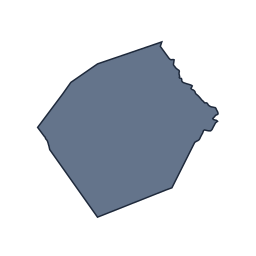 outline of San Isidro, Choluteca, Honduras, rotated 133°
{"feature_id": "27666195B38345308058924", "entity_name": "San Isidro", "entity_type": "district", "adm_level": 2, "iso_a3": "HND", "parent_name": "Honduras", "parent_adm1": "Choluteca", "projection": "orthographic", "projection_center": [-87.295, 13.646], "detail": "fine", "context": "isolated", "style": "filled", "palette": "slate", "viewbox_px": 256, "rotation_deg": 133, "n_neighbors": 0, "source": "geoboundaries", "source_scale": "gbopen_adm2", "svg_char_len": 4011}
<svg xmlns="http://www.w3.org/2000/svg" viewBox="0 0 256 256"><g transform="rotate(133 128 128)"><path d="M189.2,194.5L191.3,182.9L191.2,182.7L191.2,182.4L191.3,182.2L191.4,181.9L191.5,181.7L191.8,181.4L191.9,181.1L192.0,181.0L192.0,180.9L192.1,180.6L192.1,180.4L192.1,180.0L192.2,179.4L192.2,179.1L192.3,178.7L192.4,178.3L192.6,178.0L192.7,177.7L192.8,177.5L192.9,177.2L193.1,177.0L193.2,176.7L193.7,175.9L193.9,175.6L194.4,174.8L194.5,174.6L194.8,174.1L195.1,173.6L195.2,173.3L195.5,173.0L197.2,170.5L214.0,89.5L147.7,58.1L141.8,55.1L93.0,69.4L91.1,68.9L89.6,68.3L88.0,68.0L86.6,68.3L85.2,68.8L83.1,69.4L80.7,70.0L78.4,71.0L77.2,70.7L76.6,69.6L76.0,68.5L75.0,67.0L73.7,65.6L71.8,65.5L69.1,66.3L67.1,66.8L64.6,67.5L62.0,67.1L62.0,67.3L62.0,67.6L62.0,67.8L62.1,68.0L62.1,68.4L62.2,68.6L62.2,68.8L62.3,68.9L62.4,69.1L62.8,69.8L63.0,70.2L63.2,70.6L63.3,70.8L63.4,71.0L63.4,71.3L63.5,71.5L63.5,71.8L63.4,72.0L63.4,72.3L63.3,72.5L63.2,72.5L62.9,72.5L62.7,72.5L62.5,72.4L62.4,72.4L61.7,72.5L61.3,72.4L61.0,72.4L60.8,72.4L60.6,72.4L60.2,72.5L59.8,72.5L59.5,72.5L59.0,72.5L58.8,72.5L58.7,72.5L58.6,72.4L58.3,72.3L57.8,72.1L57.6,72.1L57.2,71.8L57.0,71.7L56.8,71.7L56.7,71.7L56.3,71.8L56.2,71.9L56.0,72.0L55.9,72.2L55.7,72.4L55.6,72.5L55.3,73.0L55.2,73.2L55.1,73.4L55.0,73.6L54.9,73.8L54.9,74.0L54.7,74.4L54.6,74.9L54.5,75.2L54.4,75.4L54.3,75.7L54.2,76.0L54.0,76.4L53.9,76.7L53.8,76.8L53.8,77.0L53.7,77.1L53.7,77.3L53.6,77.5L53.6,77.8L53.7,78.0L53.7,78.3L53.8,78.4L54.3,79.2L55.1,80.6L55.4,80.9L55.7,81.5L55.8,81.7L55.9,81.9L56.0,82.2L56.1,82.5L56.2,82.9L56.2,83.2L56.3,83.5L56.4,83.8L56.4,84.0L56.4,84.3L56.4,84.5L56.4,84.8L56.4,85.1L56.3,85.3L56.2,85.7L56.1,86.0L56.0,86.4L55.9,86.6L55.9,86.8L55.9,87.0L56.0,87.4L56.0,87.6L56.3,87.9L56.6,88.3L56.8,88.5L57.0,88.8L57.3,89.0L57.4,89.3L57.4,89.5L57.4,89.8L57.3,90.0L57.2,90.3L57.1,90.9L57.1,91.1L57.2,91.6L57.2,92.1L57.2,92.4L57.2,92.6L57.2,92.9L57.2,93.2L57.0,94.5L56.8,96.0L56.7,96.9L56.7,97.4L56.6,97.9L56.6,98.1L56.6,98.5L56.6,99.3L56.6,99.7L56.6,99.9L56.7,100.6L56.7,100.9L56.7,101.3L56.7,101.5L56.6,102.1L56.5,102.4L56.4,102.7L56.3,102.9L56.2,103.0L56.0,103.4L55.9,103.6L55.7,103.9L55.7,104.1L55.6,104.3L55.6,104.5L55.6,105.0L55.6,105.4L55.6,105.6L55.6,105.8L55.6,106.0L55.7,106.3L55.8,106.5L56.0,106.9L56.0,107.0L56.1,107.3L56.2,107.5L56.2,107.9L56.2,108.0L56.2,108.5L56.2,108.8L56.1,109.0L55.6,109.1L55.0,109.2L54.2,109.4L53.9,109.5L53.7,109.6L53.5,109.8L53.4,109.8L53.4,110.0L53.4,110.3L53.4,110.5L53.5,110.7L53.5,110.8L53.6,111.0L53.8,111.5L54.0,112.0L54.2,112.5L55.0,114.1L55.4,114.9L55.8,115.7L56.2,116.6L56.6,117.5L56.8,117.9L56.9,118.2L57.0,118.5L57.1,118.8L57.1,119.2L57.1,119.4L57.2,119.6L57.2,119.8L57.1,120.0L57.1,120.3L56.9,120.5L56.8,120.8L56.6,121.1L56.5,121.3L56.3,121.4L56.2,121.5L55.9,121.8L55.7,122.0L55.6,122.3L55.5,122.5L55.4,122.7L55.4,122.8L55.5,123.0L55.6,123.3L55.8,123.5L56.0,123.7L56.0,123.8L56.2,124.0L56.2,124.4L56.2,124.5L56.2,124.8L56.0,125.0L55.9,125.0L55.6,125.2L55.4,125.2L55.4,125.3L55.2,125.5L54.9,125.7L54.7,126.0L54.4,126.4L54.2,126.6L54.1,126.8L54.0,127.1L53.9,127.2L53.8,127.3L53.7,127.4L53.6,127.5L53.4,127.7L53.1,128.1L52.8,128.3L52.7,128.4L52.5,128.5L52.3,128.6L52.1,128.7L51.9,128.8L51.7,129.0L51.4,129.3L51.3,129.5L51.2,129.6L51.2,129.8L51.1,130.1L51.2,130.3L51.2,130.9L51.3,131.3L51.4,132.4L51.5,132.7L51.5,132.8L51.5,133.0L51.5,133.5L51.5,134.0L51.4,134.3L51.4,134.7L51.4,134.9L51.3,135.2L51.2,135.4L51.2,135.6L51.1,135.8L51.1,136.0L51.1,136.3L51.1,136.6L51.1,136.9L51.1,137.0L51.0,137.3L50.9,137.6L50.7,137.8L50.5,138.1L50.1,138.4L49.7,138.7L49.5,138.8L49.2,139.1L48.7,139.3L48.5,139.5L47.9,139.9L47.4,140.3L47.2,140.4L47.0,140.6L46.9,140.6L46.7,140.8L46.8,140.9L46.8,141.1L46.9,141.3L47.0,141.4L47.0,141.5L47.3,141.8L47.7,142.2L47.9,142.4L48.2,142.6L48.4,142.8L48.5,142.9L48.7,143.1L48.8,143.3L48.9,143.5L49.0,143.7L49.0,143.8L49.1,144.3L49.1,144.6L49.1,144.8L49.1,145.0L49.1,145.4L46.3,160.0L42.0,162.0L101.9,194.0L133.6,200.9L147.5,199.0L189.2,194.5Z" fill="#64748b" stroke="#1e293b" stroke-width="1.5"/></g></svg>